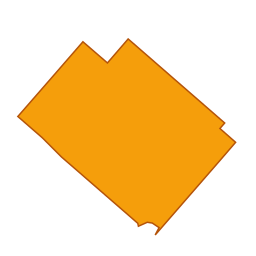 Craig, Oklahoma, United States of America, rotated 131°
{"feature_id": "52423323B42646189341736", "entity_name": "Craig", "entity_type": "district", "adm_level": 2, "iso_a3": "USA", "parent_name": "United States of America", "parent_adm1": "Oklahoma", "projection": "robinson", "projection_center": [-95.173, 36.755], "detail": "fine", "context": "isolated", "style": "filled", "palette": "amber", "viewbox_px": 256, "rotation_deg": 131, "n_neighbors": 0, "source": "geoboundaries", "source_scale": "gbopen_adm2", "svg_char_len": 499}
<svg xmlns="http://www.w3.org/2000/svg" viewBox="0 0 256 256"><g transform="rotate(131 128 128)"><path d="M60.7,186.3L92.4,186.2L92.5,218.6L136.5,218.6L191.6,218.7L191.6,186.2L193.5,159.2L193.5,58.1L195.3,55.7L186.5,51.6L183.8,47.3L182.8,39.2L190.9,37.3L189.8,37.3L184.0,37.3L181.6,37.3L178.1,37.3L170.7,37.3L155.8,37.3L145.6,37.3L144.5,37.3L138.9,37.3L133.3,37.3L94.3,37.3L92.6,37.3L91.6,37.3L68.2,37.4L68.1,58.3L60.8,58.3L60.7,186.3Z" fill="#f59e0b" stroke="#b45309" stroke-width="1.5"/></g></svg>